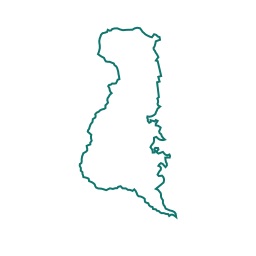 Tangará, Santa Catarina, Brazil, rotated 72°
{"feature_id": "56859067B14678126982522", "entity_name": "Tangará", "entity_type": "district", "adm_level": 2, "iso_a3": "BRA", "parent_name": "Brazil", "parent_adm1": "Santa Catarina", "projection": "robinson", "projection_center": [-51.129, -27.151], "detail": "fine", "context": "isolated", "style": "outline", "palette": "teal", "viewbox_px": 256, "rotation_deg": 72, "n_neighbors": 0, "source": "geoboundaries", "source_scale": "gbopen_adm2", "svg_char_len": 3640}
<svg xmlns="http://www.w3.org/2000/svg" viewBox="0 0 256 256"><g transform="rotate(72 128 128)"><path d="M176.3,175.0L177.5,172.0L179.0,169.8L180.4,167.8L180.1,166.0L179.8,163.8L181.3,161.2L181.3,158.7L181.9,156.8L180.9,155.5L181.1,153.0L183.7,151.8L184.8,148.7L186.8,147.2L187.5,145.2L189.2,143.1L188.3,141.0L190.2,140.2L192.9,139.8L194.5,139.8L196.1,139.1L197.1,137.1L198.7,135.3L200.5,134.0L202.4,134.5L203.8,134.5L204.9,133.3L205.8,132.0L208.0,131.8L209.5,131.0L210.7,129.1L212.8,129.2L213.9,126.7L215.5,126.1L216.5,124.4L218.2,123.5L219.3,122.4L220.0,120.3L221.4,118.5L222.4,116.3L224.4,116.0L223.7,113.9L224.3,112.3L225.5,111.1L227.6,109.7L224.2,109.2L222.4,109.8L220.7,111.4L219.4,113.6L217.8,115.4L216.3,117.1L213.8,117.3L212.1,117.9L210.0,117.9L207.4,117.1L205.3,117.8L203.5,117.8L201.5,117.2L199.8,117.1L198.2,117.7L196.0,118.6L194.5,120.3L192.1,114.1L190.8,111.0L188.7,109.8L187.1,109.5L185.6,109.6L183.8,110.4L183.5,112.0L183.1,113.6L181.5,114.3L180.4,113.2L178.9,111.6L177.9,109.8L176.2,109.0L174.6,109.4L173.4,110.8L172.2,109.3L171.6,107.6L172.9,106.1L174.9,105.3L176.8,104.4L175.6,102.6L173.8,102.1L172.0,102.4L169.9,102.2L167.7,101.7L168.4,99.3L169.0,97.5L167.7,96.7L166.0,96.8L166.1,99.4L164.5,101.0L161.5,102.2L161.6,104.2L161.7,107.0L160.2,108.0L158.6,107.2L157.9,105.7L156.4,105.6L155.3,108.2L156.3,109.5L158.1,109.1L159.5,110.2L159.0,112.1L157.2,111.6L155.1,111.9L153.3,112.6L152.1,111.5L150.9,109.8L149.8,108.1L148.0,107.1L145.3,106.3L145.2,103.8L147.1,102.8L148.6,101.7L149.6,100.2L150.4,98.3L150.4,96.5L148.5,97.6L146.2,98.4L144.2,98.4L142.6,99.5L140.7,99.4L139.1,97.8L137.6,96.8L135.2,98.7L134.1,100.8L132.6,100.3L131.7,99.1L130.4,97.6L129.0,99.1L130.0,100.6L128.8,102.3L127.6,104.1L129.3,104.5L129.6,106.2L127.4,107.0L125.8,106.4L124.3,106.6L123.0,105.9L123.9,104.1L124.2,101.8L123.8,99.4L123.1,97.6L121.7,96.6L120.1,95.0L118.7,93.8L118.2,92.3L117.5,90.8L116.0,92.3L114.2,92.5L112.6,91.3L110.7,90.9L109.0,91.0L108.2,89.1L93.5,86.2L93.6,83.6L88.7,83.4L88.8,80.4L73.6,79.1L72.5,80.6L71.3,79.1L70.0,77.2L68.1,77.5L66.6,77.8L64.7,78.4L62.8,78.6L61.4,79.2L59.8,79.0L58.7,77.6L57.4,76.7L55.9,75.7L54.1,74.8L54.0,70.3L51.2,69.9L50.3,71.3L48.2,72.4L46.9,74.2L49.1,77.2L47.9,79.0L45.8,81.2L44.2,82.6L42.5,83.5L41.1,84.4L38.7,85.1L36.8,85.8L35.5,88.3L35.3,91.0L35.9,93.4L35.2,95.7L34.4,98.4L33.9,100.3L33.4,102.6L31.9,105.0L29.9,107.4L29.1,110.3L29.0,112.4L30.0,114.0L29.7,115.6L28.4,116.9L30.2,118.3L30.2,120.6L30.0,123.0L31.0,124.8L32.4,125.8L34.1,127.2L36.5,128.5L38.6,129.0L40.6,129.3L43.3,130.1L45.3,131.3L46.9,132.4L48.5,133.7L50.7,132.1L52.3,130.7L53.8,129.2L56.1,128.9L57.8,128.5L58.8,126.7L59.4,125.0L60.8,123.3L62.2,121.6L64.1,121.4L65.7,120.2L67.4,119.8L69.0,119.8L71.3,119.9L74.0,120.4L76.2,120.6L78.9,121.1L78.9,122.9L80.7,124.5L81.8,125.7L81.5,127.6L80.8,129.3L81.5,131.0L81.2,132.6L82.1,133.9L84.5,133.4L86.6,133.7L88.4,133.5L89.8,132.8L90.8,135.1L92.2,136.6L93.4,138.2L95.1,139.1L97.7,139.2L98.7,140.9L99.5,142.5L102.0,143.2L102.5,144.9L102.3,146.9L102.5,148.9L103.5,150.9L103.7,153.1L104.9,155.0L106.4,155.0L107.9,155.8L108.7,158.7L111.3,159.9L113.0,162.5L115.5,164.4L116.8,165.2L117.8,166.7L119.1,167.4L120.9,166.3L123.1,165.0L124.7,165.9L126.9,166.4L128.9,166.5L130.3,168.4L132.0,168.9L132.0,170.6L132.2,172.8L133.7,173.1L135.2,173.2L136.8,173.8L137.6,175.3L138.2,178.3L139.5,179.3L140.8,180.4L143.3,181.7L145.6,182.4L147.0,183.3L147.4,184.9L149.1,185.6L151.5,185.2L154.0,186.1L155.9,185.0L157.8,185.5L159.3,185.4L160.9,185.6L161.9,183.8L163.0,182.2L164.0,181.1L166.5,181.4L168.3,179.2L170.0,177.8L171.4,177.1L173.2,177.1L174.8,176.7L176.3,175.0Z" fill="none" stroke="#0f766e" stroke-width="2"/></g></svg>